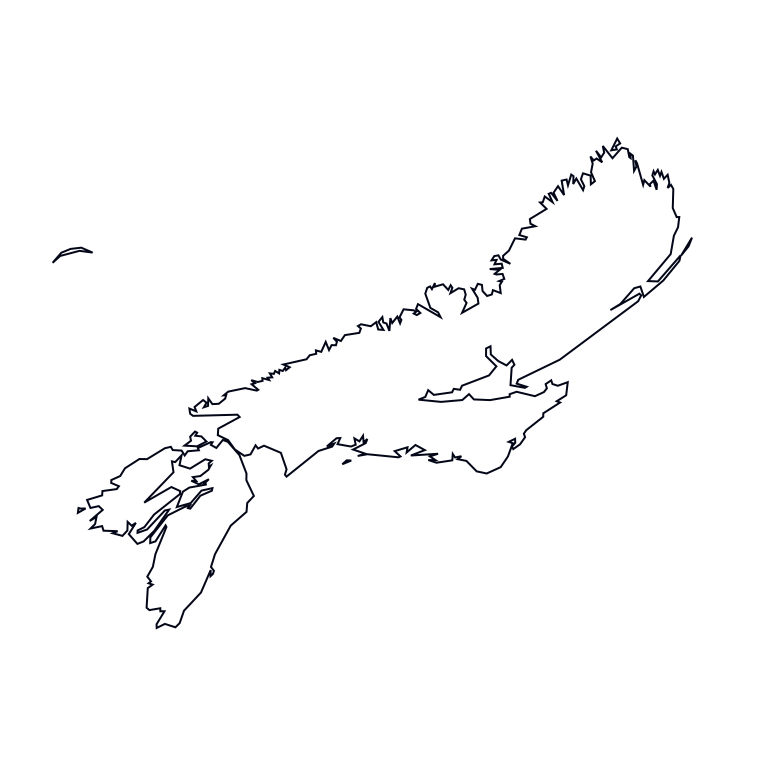 the border of Nova Scotia, rotated 175°
{"feature_id": "CAN-685", "entity_name": "Nova Scotia", "entity_type": "Province", "adm_level": 1, "iso_a3": "CAN", "parent_name": "Canada", "parent_adm1": "", "projection": "equal_earth", "projection_center": [-62.958, 45.228], "detail": "fine", "context": "isolated", "style": "outline", "palette": "ink", "viewbox_px": 768, "rotation_deg": 175, "n_neighbors": 0, "source": "natural_earth", "source_scale": "10m", "svg_char_len": 6145}
<svg xmlns="http://www.w3.org/2000/svg" viewBox="0 0 768 768"><g transform="rotate(175 384 384)"><path d="M275.0,291.0L289.5,285.9L299.3,288.9L308.6,300.2L317.2,302.7L313.2,305.3L319.6,304.6L321.6,308.3L322.6,302.0L338.6,301.0L346.5,304.4L339.4,303.7L344.6,307.9L336.2,309.8L363.5,310.4L349.1,314.6L358.0,320.5L367.4,313.8L366.1,318.9L379.2,316.2L373.9,310.4L375.9,309.7L406.7,315.5L416.5,314.6L408.7,316.2L420.5,321.4L407.4,326.7L405.4,330.6L409.4,327.9L409.4,334.3L413.5,329.0L418.2,332.4L417.5,326.0L422.4,324.6L435.5,328.1L432.3,334.0L436.0,334.1L446.4,326.8L438.8,329.0L441.2,326.1L455.1,323.0L489.2,300.2L490.6,302.3L488.5,307.5L492.7,324.4L508.9,333.0L515.1,330.7L517.3,334.1L523.1,325.5L529.4,324.6L538.3,331.8L544.2,341.7L554.0,347.5L553.0,354.0L530.7,363.7L532.7,366.2L577.0,368.9L579.7,371.3L580.0,376.5L573.4,373.1L574.7,377.6L565.6,383.8L562.4,380.8L565.5,376.5L561.2,377.5L560.3,385.1L556.7,378.9L550.3,378.7L543.5,383.3L542.2,386.7L544.6,386.7L539.8,390.0L522.7,392.0L511.3,388.5L509.8,389.2L515.9,395.3L512.5,396.0L515.9,399.4L509.7,397.0L504.7,397.7L504.7,400.4L498.1,398.0L499.4,400.4L494.8,400.4L496.8,404.5L492.8,403.7L491.3,406.5L487.6,403.7L487.0,407.2L483.7,405.8L481.0,408.9L480.4,406.3L476.5,408.9L482.5,412.2L459.0,415.4L455.5,419.1L448.9,420.0L448.9,423.4L443.7,421.5L438.4,431.0L435.8,422.6L432.8,427.3L428.5,426.8L427.2,430.2L430.5,434.4L423.2,430.6L418.7,436.1L404.1,437.1L402.2,441.3L404.9,444.0L401.7,445.5L392.1,442.7L386.4,446.3L385.0,438.8L379.8,437.9L384.1,446.4L379.8,450.8L379.4,445.4L376.2,444.0L374.0,436.4L371.9,449.1L370.5,444.0L364.9,450.0L362.7,443.0L361.1,446.3L362.7,449.1L358.0,456.7L348.0,454.8L345.5,453.3L348.2,451.6L345.3,449.8L341.6,451.6L345.5,456.0L343.2,460.6L321.8,445.6L323.9,450.7L331.2,455.8L335.0,470.4L332.6,476.0L329.6,477.2L328.0,474.3L324.5,480.1L325.0,476.5L316.5,478.2L311.8,472.1L309.0,476.6L307.5,473.9L309.9,468.7L301.3,472.9L295.9,471.3L294.8,465.9L296.7,461.0L294.7,457.6L300.0,448.1L282.9,455.9L283.2,461.8L288.0,471.3L285.2,469.9L281.8,475.6L277.8,474.2L277.7,468.0L273.6,462.7L268.8,463.8L267.3,468.0L259.8,464.4L260.1,472.4L257.7,475.6L260.3,476.5L255.0,478.2L256.3,483.3L262.5,483.3L264.2,484.1L258.9,487.6L268.7,489.3L255.6,489.3L256.3,493.6L263.5,493.6L261.1,497.8L266.1,497.8L263.0,501.8L258.8,502.2L256.8,497.8L247.6,492.7L254.4,498.3L254.2,501.3L247.9,506.0L240.8,517.7L230.4,515.5L228.9,517.7L236.2,520.6L233.1,526.7L219.5,528.0L224.1,530.9L224.3,535.6L206.8,544.3L212.7,551.2L210.0,551.2L207.5,556.8L200.2,550.4L203.3,559.1L200.9,559.9L195.2,551.3L198.4,559.8L193.4,565.9L188.1,556.5L189.3,571.1L184.3,571.8L183.4,565.9L179.2,576.3L177.1,574.5L178.1,566.7L174.5,571.9L168.8,559.8L167.2,563.6L170.0,570.8L167.4,576.5L160.0,573.6L160.5,564.9L156.2,567.7L159.3,576.9L156.9,585.3L158.5,592.7L155.6,588.4L152.6,590.1L147.3,585.8L152.5,597.9L147.9,590.8L144.5,595.3L145.3,602.1L136.7,589.0L126.5,598.7L120.7,596.7L119.9,588.7L118.6,587.5L118.4,591.9L116.1,589.8L116.3,574.5L113.5,578.8L114.1,585.0L112.7,581.8L108.5,559.8L106.9,564.4L101.2,557.3L101.9,559.8L97.8,563.1L95.5,553.7L94.7,559.3L98.5,568.4L96.9,572.4L95.8,569.2L92.6,573.4L90.9,567.3L89.1,571.1L87.3,564.0L83.2,567.7L82.2,559.3L84.4,554.6L80.7,557.3L78.8,553.0L81.0,534.1L77.9,524.8L75.3,524.6L77.4,514.6L82.3,506.4L87.1,488.4L112.0,463.5L102.2,462.3L77.3,486.3L79.0,480.9L96.8,462.7L117.5,448.1L120.1,458.8L126.4,457.6L141.6,443.1L152.0,437.9L121.7,451.7L120.1,449.8L123.6,444.3L206.8,392.9L249.9,376.5L251.8,372.8L242.1,368.8L244.0,367.9L258.1,371.8L255.4,389.1L252.4,391.8L254.3,396.9L260.3,391.8L268.1,396.8L275.0,404.1L274.6,412.3L279.2,410.5L279.9,402.9L270.5,391.8L278.6,383.4L306.4,375.5L308.7,371.6L314.9,373.1L316.9,369.8L335.3,368.8L340.5,374.0L344.0,367.5L351.0,365.4L328.7,361.2L307.4,361.2L300.2,366.5L295.8,360.8L279.7,358.7L259.9,360.4L259.7,362.9L252.6,364.7L234.7,358.7L225.4,362.0L222.1,365.5L223.0,369.8L217.1,373.1L216.2,369.3L211.0,367.1L200.8,369.8L203.5,356.9L213.4,351.8L210.2,350.2L227.9,340.9L228.2,337.5L246.3,325.6L249.0,322.3L248.1,318.7L253.7,312.1L260.9,307.9L262.0,310.5L258.4,314.0L258.2,318.0L264.8,315.5L260.9,313.8L266.8,301.1L275.0,291.0ZM664.0,312.1L654.8,315.3L649.4,322.6L634.2,330.6L626.6,329.8L607.9,339.1L601.8,340.0L600.2,336.6L591.4,335.3L588.8,330.2L585.4,334.1L574.2,334.1L575.0,336.4L561.6,341.2L559.9,340.9L561.8,338.5L556.6,334.9L549.4,342.3L544.6,340.0L534.2,325.7L528.8,306.8L529.5,300.2L523.4,283.8L530.6,277.4L532.1,268.6L549.0,256.3L567.2,229.2L572.3,216.8L569.7,212.7L571.0,209.7L573.5,207.7L572.9,213.7L584.5,192.2L603.0,175.6L608.4,163.6L613.0,159.8L623.2,164.1L631.7,160.8L631.5,164.5L622.5,176.7L626.6,177.1L626.4,180.1L637.4,179.2L640.0,181.8L637.1,201.3L632.0,204.3L635.9,206.0L633.3,207.7L636.6,212.7L630.2,222.0L626.5,234.5L613.2,260.5L613.9,262.2L625.4,247.1L630.8,245.9L630.1,251.6L610.8,272.0L593.4,278.9L588.0,279.9L590.0,277.4L587.9,276.7L576.7,288.7L564.8,292.7L564.0,295.2L575.1,293.7L587.0,282.2L601.1,279.5L593.7,294.3L586.9,297.8L569.4,299.4L572.0,300.2L566.8,304.4L577.2,300.2L584.4,304.4L579.5,303.7L582.5,307.9L575.0,308.3L566.5,313.8L563.6,318.0L565.6,317.1L565.6,320.1L562.3,322.5L568.6,324.6L584.6,316.6L594.8,320.9L591.9,330.6L598.8,324.4L602.0,325.4L601.4,314.4L633.2,286.7L604.8,299.9L596.4,295.1L596.9,292.1L624.4,274.0L635.2,262.3L642.2,259.6L642.5,257.2L632.7,259.7L613.3,277.1L609.0,277.6L625.6,257.8L637.2,248.1L643.6,246.2L651.3,256.7L643.3,267.3L647.7,264.8L651.4,269.0L652.4,260.4L657.8,255.5L667.3,259.0L662.2,260.6L676.2,262.3L677.2,267.0L688.9,265.6L684.0,269.7L682.0,276.6L689.1,273.2L675.2,283.1L678.8,287.2L687.2,286.1L689.9,294.4L674.5,297.6L673.8,301.9L659.4,302.6L657.0,305.3L664.4,309.2L664.0,312.1ZM575.6,338.2L588.1,340.0L581.2,344.3L581.7,348.4L576.4,353.1L574.4,351.8L576.5,348.9L570.5,347.7L565.9,342.2L575.6,338.2ZM695.4,539.8L703.6,533.6L694.0,542.9L684.4,545.9L673.7,546.2L662.8,540.3L675.7,543.2L695.4,539.8ZM132.5,600.5L131.6,597.4L137.2,597.0L130.3,608.2L127.8,603.1L132.5,600.5ZM68.6,494.6L76.7,486.2L64.4,503.0L68.6,494.6ZM699.1,287.1L697.4,286.4L692.1,286.0L700.2,282.3L699.1,287.1ZM423.3,310.6L432.5,307.7L427.8,311.2L423.3,310.6Z" fill="none" stroke="#020617" stroke-width="2"/></g></svg>